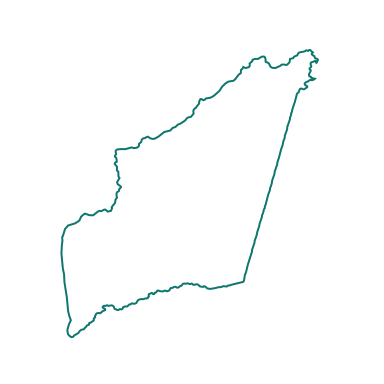 the district of Chahal, Alta Verapaz, Guatemala, rotated 349°
{"feature_id": "79465075B23943610665473", "entity_name": "Chahal", "entity_type": "district", "adm_level": 2, "iso_a3": "GTM", "parent_name": "Guatemala", "parent_adm1": "Alta Verapaz", "projection": "orthographic", "projection_center": [-89.573, 15.738], "detail": "fine", "context": "isolated", "style": "outline", "palette": "teal", "viewbox_px": 384, "rotation_deg": 349, "n_neighbors": 0, "source": "geoboundaries", "source_scale": "gbopen_adm2", "svg_char_len": 5964}
<svg xmlns="http://www.w3.org/2000/svg" viewBox="0 0 384 384"><g transform="rotate(349 192 192)"><path d="M212.4,290.6L225.1,290.0L226.2,288.8L228.2,283.2L229.4,281.7L233.1,273.7L239.5,262.0L239.9,260.3L243.7,253.7L244.1,252.0L247.0,247.2L248.5,243.6L251.7,237.9L252.0,236.6L255.9,229.8L256.2,228.5L258.0,225.7L259.3,222.7L260.4,221.7L260.7,220.1L262.0,218.2L266.4,208.9L268.8,205.1L269.3,203.4L271.8,199.1L273.0,195.8L276.3,190.2L277.0,187.9L281.0,181.0L281.4,179.3L283.9,174.9L287.7,166.9L289.7,163.7L291.4,159.5L293.3,156.6L293.9,154.4L297.3,148.7L298.0,146.2L301.9,139.5L302.4,137.7L304.1,135.0L304.2,133.9L305.3,132.5L306.2,130.2L310.4,122.7L313.7,115.8L314.1,115.4L314.9,114.9L315.6,114.5L316.1,113.9L316.6,112.8L317.7,111.4L318.4,111.3L319.0,111.3L319.6,111.6L320.1,111.9L320.6,112.3L321.3,112.5L322.1,112.4L324.4,111.4L325.1,111.0L325.2,110.6L325.1,109.9L324.5,109.4L324.0,109.1L323.6,108.7L323.3,108.1L323.2,107.5L323.4,106.9L324.1,106.4L324.6,106.1L325.1,105.9L327.2,105.5L328.8,104.7L329.4,104.6L330.2,104.6L330.8,105.1L331.3,105.1L333.1,104.9L334.2,104.3L333.6,104.0L331.4,103.0L330.8,102.4L330.7,101.7L330.0,101.2L329.4,100.9L329.2,100.4L329.2,99.3L329.5,98.4L331.5,96.0L331.8,95.2L331.3,94.6L331.0,94.1L330.9,93.5L331.2,93.0L332.6,92.0L333.0,91.5L333.1,90.8L332.8,89.5L332.9,88.9L333.0,88.2L333.6,87.6L334.6,87.4L336.0,87.3L337.2,86.9L337.7,86.8L338.3,86.9L338.6,87.6L338.5,88.4L338.7,88.9L339.2,88.6L340.6,86.7L340.9,86.2L340.7,85.7L340.3,85.2L339.6,84.8L338.9,84.6L338.3,84.1L338.2,83.6L338.1,82.2L337.8,81.8L337.2,81.4L336.8,80.8L336.3,80.3L335.8,79.8L335.9,79.3L336.3,78.7L336.7,78.4L337.3,78.1L335.0,75.1L334.2,75.0L332.9,75.7L331.3,74.7L329.4,75.5L324.0,75.5L322.7,76.2L321.4,77.9L317.9,78.7L316.9,79.9L313.6,80.1L312.6,83.0L311.5,84.1L309.0,85.4L306.2,84.3L304.4,84.1L302.4,85.1L297.5,86.2L294.5,85.4L293.1,84.2L292.0,80.6L290.8,79.2L289.3,78.6L289.1,77.9L289.5,76.4L289.4,73.8L288.4,72.7L286.3,72.5L282.1,74.0L279.8,73.4L276.7,73.7L276.0,75.2L273.1,76.8L272.9,78.8L272.0,80.1L271.0,80.3L268.4,80.6L267.3,79.9L266.2,79.1L265.1,80.6L263.5,81.4L262.5,84.7L260.2,85.7L256.0,89.5L254.0,90.7L248.4,90.6L245.3,92.0L241.6,94.4L238.2,98.0L231.9,101.7L228.0,103.0L223.6,102.8L222.2,103.8L220.6,104.0L218.9,102.5L217.9,102.5L216.2,104.7L215.9,106.5L212.9,109.0L212.1,110.0L210.9,110.4L209.5,111.5L208.8,112.6L208.5,115.4L205.3,118.0L202.5,118.1L201.1,118.6L198.8,120.6L193.6,122.7L191.1,123.1L188.1,125.0L185.3,125.4L182.4,127.5L176.2,127.8L169.7,131.2L165.3,132.6L163.3,132.3L161.4,131.4L159.3,129.3L158.0,129.3L156.7,130.0L153.9,130.2L152.6,131.1L151.7,133.2L149.3,134.5L149.0,134.9L148.8,136.4L148.0,137.4L146.1,138.0L143.0,137.8L141.3,136.7L134.6,137.2L130.3,136.3L127.0,136.0L125.9,136.2L125.0,137.0L124.7,137.9L124.8,140.2L123.1,142.0L123.2,142.8L124.1,144.0L124.2,146.4L123.8,148.1L122.5,148.2L121.5,149.6L123.2,153.0L122.4,156.5L123.5,157.9L122.8,162.8L123.5,164.4L120.8,167.5L120.3,168.4L120.6,170.2L123.2,173.0L123.2,173.8L121.1,175.3L120.3,177.2L118.8,177.7L117.8,178.7L117.2,181.4L117.3,183.2L115.4,185.0L114.4,188.0L110.7,191.1L110.2,192.0L110.4,192.7L108.9,195.0L105.6,195.2L103.8,192.9L102.6,192.5L99.4,193.5L97.8,192.9L96.0,193.2L90.5,196.0L86.9,195.2L83.0,192.9L82.2,192.9L78.4,195.1L76.1,198.4L74.8,199.1L71.1,200.5L64.1,201.2L60.3,204.1L57.0,210.3L56.0,211.4L55.4,215.7L54.1,219.3L52.1,227.4L50.6,242.7L50.7,248.5L49.6,255.9L49.0,271.8L47.7,284.8L47.8,289.5L48.6,294.7L46.0,298.4L43.3,303.7L43.1,307.6L43.7,309.0L45.7,311.4L47.6,311.5L49.1,310.3L53.4,308.8L55.6,306.8L57.2,306.1L59.7,306.1L60.7,305.1L62.2,304.2L63.4,303.0L64.1,302.8L64.6,302.8L65.3,302.7L65.7,302.3L65.8,301.7L66.2,301.0L66.8,300.9L67.8,300.9L69.5,300.0L70.0,299.9L70.7,299.6L71.2,299.0L71.3,298.3L71.3,297.8L71.9,297.1L72.4,296.9L73.0,296.5L73.0,295.8L73.2,295.1L73.5,294.8L73.9,294.5L74.2,294.0L74.5,293.5L75.1,293.1L75.8,292.9L76.4,292.9L77.2,292.9L77.7,293.2L78.4,293.4L79.1,293.4L79.6,293.1L80.9,292.3L81.5,292.0L82.2,291.7L83.2,291.6L83.8,291.5L84.3,291.3L84.4,290.9L84.3,290.3L83.7,289.7L83.3,289.2L82.8,288.9L82.3,288.4L82.5,287.7L83.1,287.2L83.6,287.0L84.4,287.0L85.0,287.2L85.6,287.3L86.4,287.0L87.1,287.0L87.5,287.3L88.2,287.8L88.9,287.9L91.2,287.9L91.9,288.1L92.7,288.7L93.1,289.1L93.4,290.0L93.5,290.6L93.6,291.5L94.0,292.2L94.5,292.5L95.2,292.8L95.5,293.1L96.6,293.7L97.2,293.8L97.8,293.6L98.4,293.3L98.8,293.2L99.3,293.3L99.9,293.6L100.5,293.8L101.3,293.6L101.8,293.0L102.2,292.1L102.8,291.8L103.6,291.8L104.2,291.6L104.9,291.6L106.4,292.0L107.2,291.7L107.7,291.3L108.1,290.9L108.8,290.5L109.5,290.5L110.3,290.6L110.8,290.2L111.2,290.0L111.8,289.9L112.5,290.1L112.9,290.4L113.6,290.6L114.1,290.7L115.4,290.6L116.3,290.2L118.1,288.1L118.9,287.7L119.6,287.5L121.6,287.4L122.8,287.7L124.0,287.9L124.5,287.8L125.3,287.7L126.0,287.6L127.4,287.8L128.3,287.8L128.6,287.1L129.0,286.7L129.7,286.4L129.9,285.9L129.8,285.5L129.8,285.0L129.9,284.4L130.2,284.0L131.0,283.9L132.0,283.7L132.6,283.5L133.3,283.4L133.9,284.1L134.3,284.7L134.8,284.9L135.4,284.9L135.8,284.2L136.4,283.8L137.3,283.8L138.0,283.5L138.4,282.9L139.1,282.3L139.9,282.2L140.6,282.5L141.0,282.9L141.8,283.3L142.9,283.6L144.3,284.0L144.9,284.0L145.6,283.9L146.1,283.6L146.7,283.6L147.3,283.9L148.4,284.7L149.1,284.7L149.7,284.5L150.2,284.5L151.1,284.2L151.9,283.1L152.4,282.6L152.8,282.3L153.5,282.2L154.2,282.4L154.6,282.4L155.9,281.8L156.8,281.7L157.3,281.8L157.9,282.1L159.2,283.1L160.0,283.2L160.5,283.0L161.1,282.8L162.2,282.2L163.3,281.9L163.8,281.9L164.6,281.3L164.9,280.9L165.3,280.6L165.7,280.4L166.6,280.4L167.1,280.4L167.7,280.7L168.6,280.9L169.5,280.8L170.3,280.8L171.3,281.4L171.9,281.8L172.6,282.0L173.2,282.0L173.7,281.8L174.4,281.9L174.9,282.5L175.3,283.1L176.0,283.5L176.5,283.5L178.8,283.4L179.6,283.7L180.1,284.0L180.6,284.5L181.4,285.6L181.8,286.2L182.4,286.5L185.2,287.3L185.9,286.8L187.2,287.5L188.4,289.4L191.2,290.6L196.8,290.8L199.4,290.5L202.5,290.9L204.6,290.4L208.1,291.4L209.4,290.7L211.7,290.9L212.4,290.6Z" fill="none" stroke="#0f766e" stroke-width="2"/></g></svg>